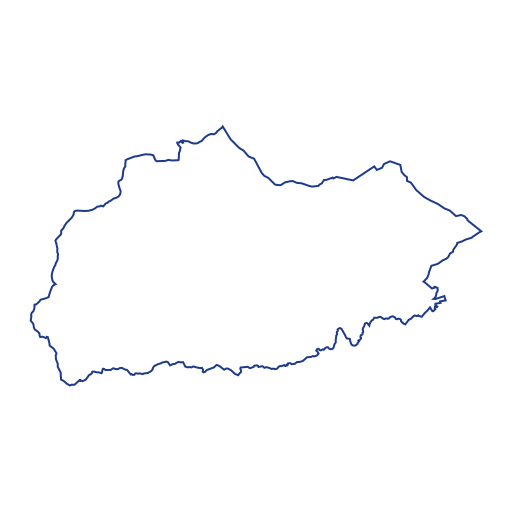 outline of Piatra Soimului, Neamt, Romania
{"feature_id": "2599482B93411472256847", "entity_name": "Piatra Soimului", "entity_type": "district", "adm_level": 2, "iso_a3": "ROU", "parent_name": "Romania", "parent_adm1": "Neamt", "projection": "mercator", "projection_center": [26.345, 46.823], "detail": "fine", "context": "isolated", "style": "outline", "palette": "blue", "viewbox_px": 512, "rotation_deg": 0, "n_neighbors": 0, "source": "geoboundaries", "source_scale": "gbopen_adm2", "svg_char_len": 6023}
<svg xmlns="http://www.w3.org/2000/svg" viewBox="0 0 512 512"><path d="M437.6,288.0L434.8,286.7L434.0,287.3L434.2,287.8L432.0,288.5L424.0,281.7L423.6,281.6L427.2,277.9L428.8,273.7L428.9,272.4L431.4,265.8L437.1,264.1L439.0,263.1L442.5,260.5L446.2,258.8L448.2,257.1L450.0,253.5L453.1,251.7L453.3,249.9L453.8,249.0L456.9,244.7L457.2,243.0L462.0,241.4L465.9,239.5L471.8,237.7L472.5,236.9L479.2,232.4L481.3,231.3L467.6,220.4L467.3,219.0L464.3,216.2L461.1,215.0L456.0,216.1L449.7,210.5L444.4,208.4L437.9,204.0L430.0,200.3L423.9,196.8L416.2,190.0L410.9,182.6L407.0,180.9L406.9,177.1L404.3,175.1L401.7,172.0L400.3,164.9L390.0,161.3L384.0,164.0L382.0,167.8L376.8,169.9L374.3,166.4L353.2,180.4L336.5,176.9L333.4,178.4L332.7,177.6L326.6,179.8L323.9,180.1L321.8,183.4L319.4,184.6L318.4,185.9L312.2,186.6L309.7,186.1L301.6,183.3L296.6,182.8L293.0,181.1L290.2,181.2L285.0,182.4L280.8,185.1L278.3,185.1L275.1,184.6L268.3,177.9L264.4,175.9L261.8,173.1L254.1,158.7L248.6,156.5L243.5,150.5L239.4,148.1L230.6,139.3L222.7,126.5L221.9,127.6L217.5,131.1L216.0,133.0L213.8,134.3L211.3,133.9L208.0,135.1L204.6,137.6L201.4,141.2L200.0,141.6L198.5,142.7L196.6,143.4L193.6,143.5L190.7,142.6L189.3,141.7L187.4,141.2L185.7,141.2L182.7,140.4L182.3,141.0L183.1,142.7L182.5,142.8L181.3,141.8L180.8,141.0L179.3,142.5L177.2,142.6L177.8,144.2L180.6,147.6L179.7,151.5L179.0,152.9L178.7,159.8L178.3,160.2L172.0,160.5L168.5,159.9L165.1,160.9L156.7,161.2L156.1,160.9L155.1,159.6L153.3,155.3L150.9,154.6L146.3,154.3L144.2,154.5L136.7,156.3L134.5,156.5L126.7,159.5L125.6,160.2L125.6,161.7L125.3,163.6L125.3,166.5L124.1,168.1L123.4,170.3L123.0,173.0L122.8,176.0L122.4,177.0L122.2,178.5L121.0,179.9L118.8,181.1L118.3,182.1L118.4,184.1L119.7,188.7L120.7,191.3L120.1,194.4L118.4,196.6L116.7,197.6L113.6,198.6L110.1,201.1L109.0,201.4L107.5,202.8L105.7,203.5L103.2,206.4L101.0,205.6L99.7,206.4L97.3,206.6L95.0,208.4L92.8,209.6L89.0,210.7L85.0,211.0L77.6,210.6L75.1,210.9L74.3,211.6L73.8,212.7L73.6,214.5L71.7,217.7L66.6,222.8L64.6,225.6L63.4,228.3L61.3,230.5L61.1,231.0L61.2,233.0L61.0,234.3L56.1,239.4L55.4,240.8L56.4,243.7L56.7,245.6L57.4,248.4L57.2,252.0L58.1,254.3L57.7,256.0L57.8,258.8L57.1,260.9L56.0,262.8L55.2,265.3L54.1,267.1L53.2,269.4L52.1,272.9L51.7,275.4L51.8,277.2L52.4,280.2L53.2,281.9L55.6,284.2L53.6,285.1L52.1,286.7L50.3,291.3L48.5,297.2L44.0,298.9L41.1,299.5L40.3,300.1L39.4,301.5L36.2,304.4L34.5,304.7L34.4,308.5L33.3,311.3L31.6,313.0L31.4,313.7L31.1,315.2L31.4,316.1L30.7,320.6L33.1,323.6L33.5,324.7L33.9,327.5L34.7,329.4L37.6,331.5L39.4,333.4L39.7,335.9L40.2,337.0L42.7,336.7L45.9,338.1L46.8,336.8L47.8,337.1L49.3,342.7L49.7,345.7L53.5,348.5L56.4,353.1L56.3,354.2L55.7,355.3L56.0,359.4L57.7,363.6L57.8,367.0L60.3,371.8L60.8,373.2L60.7,376.1L61.0,377.3L61.1,379.7L63.5,380.8L66.8,383.7L69.9,385.5L71.5,384.7L73.9,384.8L74.9,384.4L79.8,379.9L80.2,379.9L80.4,380.9L81.6,380.8L82.7,381.1L86.0,379.5L86.6,378.4L88.3,376.3L88.7,375.3L91.0,374.1L92.1,372.9L92.1,372.0L92.8,371.6L94.2,371.6L96.6,372.3L98.4,372.3L101.6,373.2L101.9,372.7L102.7,369.1L103.3,368.7L104.2,369.0L105.5,370.0L110.8,369.9L112.9,368.4L113.8,368.3L114.9,368.9L117.7,369.2L119.8,368.1L121.7,367.8L125.3,369.6L127.2,370.1L130.6,374.3L131.0,374.0L131.6,374.1L132.4,374.9L134.3,374.8L135.4,373.4L136.1,373.3L138.4,373.7L139.1,373.4L140.3,373.5L142.5,374.1L143.8,373.5L147.9,373.0L151.0,371.2L152.3,369.9L152.8,368.9L152.7,368.4L153.0,367.8L154.5,365.7L155.4,365.6L158.0,364.1L160.7,363.4L162.0,362.6L166.4,361.6L167.9,362.1L170.1,365.4L172.8,364.1L175.2,363.8L176.5,362.8L178.7,361.9L180.6,362.4L183.1,362.2L185.3,366.6L187.3,367.3L190.1,367.1L191.5,367.4L193.2,366.5L194.0,366.6L196.8,367.5L200.5,368.1L202.0,367.9L202.7,369.0L203.0,369.9L202.7,371.7L203.7,372.3L205.1,371.8L206.6,370.1L213.9,367.4L216.5,365.0L218.1,365.4L219.7,366.3L224.2,369.7L226.2,368.5L227.7,368.5L231.0,370.2L235.1,374.0L238.3,375.2L239.2,373.7L241.1,371.9L240.8,369.9L240.3,368.7L240.6,367.5L247.7,366.8L249.7,368.1L250.3,368.1L253.7,366.9L254.0,366.0L254.6,365.6L257.4,365.4L257.9,365.7L258.5,367.0L262.1,366.2L262.7,366.3L264.2,367.7L264.7,367.8L265.8,367.2L268.4,367.6L271.7,369.0L273.4,368.6L275.2,369.2L277.1,368.7L278.5,366.9L280.0,366.0L281.1,366.2L284.3,365.1L285.0,365.9L285.5,366.0L286.1,365.3L286.5,365.6L287.4,365.4L287.7,364.9L287.4,364.0L287.8,363.5L290.1,363.1L291.9,364.2L294.8,363.8L296.9,362.1L299.9,361.9L302.8,361.0L307.0,357.3L311.1,356.9L312.7,356.1L314.4,356.4L317.0,355.4L318.6,353.6L317.5,351.8L316.3,350.7L316.3,350.4L316.6,350.2L317.2,349.1L318.7,348.8L319.5,350.0L320.9,350.4L322.4,349.4L323.0,349.3L323.7,349.8L325.6,347.7L327.1,347.2L327.9,347.3L328.9,348.5L330.7,349.2L332.0,349.1L333.5,347.9L334.4,344.4L335.7,342.6L335.7,340.1L336.2,336.8L336.1,335.9L336.6,335.3L337.0,334.1L336.8,332.1L337.8,330.9L337.6,329.4L339.8,328.0L341.5,328.9L345.1,335.2L346.1,337.5L347.3,338.6L349.3,338.7L350.0,339.1L350.2,341.3L351.5,344.6L353.0,345.5L354.9,345.6L355.7,345.4L357.5,343.9L357.6,343.0L358.9,341.5L358.4,340.5L360.2,339.7L361.1,338.2L361.1,337.8L360.4,337.1L360.6,335.8L360.9,335.2L361.9,334.8L362.5,334.1L362.6,332.6L363.2,332.0L363.0,330.2L362.7,329.6L362.8,328.8L363.5,327.2L364.2,326.3L364.9,323.6L366.5,322.9L367.6,323.5L369.3,325.6L369.6,323.9L370.2,322.7L371.7,320.5L372.9,319.9L374.3,317.7L377.2,317.8L379.4,316.9L380.6,316.9L383.5,318.9L384.4,319.1L385.2,318.6L386.8,318.4L387.7,318.8L389.0,318.4L390.1,317.1L392.6,316.3L394.9,317.3L395.9,319.0L397.3,319.2L398.3,318.6L400.0,319.0L400.9,319.8L401.1,321.3L402.0,322.3L402.8,322.6L403.1,323.4L405.2,324.4L408.3,320.4L408.8,320.1L408.9,319.7L411.1,318.6L413.5,316.2L413.8,316.2L414.6,315.5L417.0,316.1L418.2,315.3L418.7,315.9L421.7,316.8L424.7,313.1L427.2,310.8L430.0,307.4L432.4,311.2L433.3,311.2L435.3,309.2L434.7,308.2L435.0,307.7L435.0,306.5L435.4,306.4L436.8,307.2L437.3,306.6L435.9,305.4L435.3,304.4L435.4,303.7L440.5,302.9L440.1,301.4L445.6,300.4L444.3,296.1L435.5,299.0L433.6,298.9L435.1,297.6L435.9,296.0L436.5,292.9L437.5,291.2L437.8,289.7L437.5,288.8L437.6,288.0Z" fill="none" stroke="#1e3a8a" stroke-width="2"/></svg>